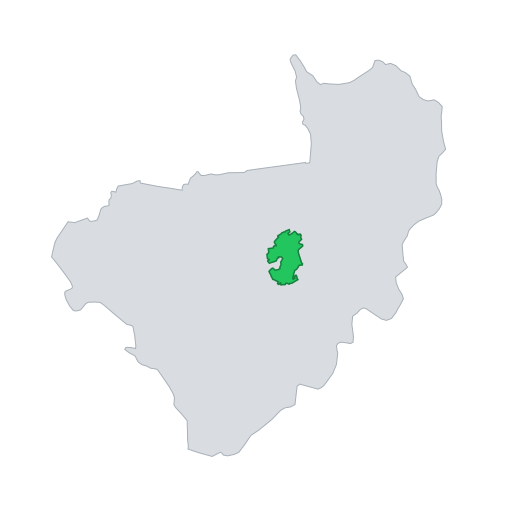 Boulkiemde, Boulkiemdé, Burkina Faso (highlighted), rotated 173°
{"feature_id": "67063806B25202403935187", "entity_name": "Boulkiemde", "entity_type": "district", "adm_level": 2, "iso_a3": "BFA", "parent_name": "Burkina Faso", "parent_adm1": "Boulkiemdé", "projection": "equal_earth", "projection_center": [-2.114, 12.316], "detail": "fine", "context": "in_parent", "style": "filled", "palette": "green", "viewbox_px": 512, "rotation_deg": 173, "n_neighbors": 0, "source": "geoboundaries", "source_scale": "gbopen_adm2", "svg_char_len": 8267}
<svg xmlns="http://www.w3.org/2000/svg" viewBox="0 0 512 512"><g transform="rotate(173 256 256)"><path d="M383.0,342.3L369.7,343.0L364.9,344.9L362.0,344.9L361.9,343.3L361.6,342.4L344.9,337.0L333.2,333.8L321.3,330.3L320.7,333.6L319.0,335.8L316.4,335.9L314.6,335.4L313.4,337.9L311.5,341.3L308.7,343.0L306.0,345.0L304.5,346.8L303.4,346.9L300.7,342.6L297.1,342.2L290.4,342.9L287.3,341.7L283.2,341.1L273.4,342.0L257.8,340.3L255.3,341.2L254.6,342.0L239.1,342.2L222.1,342.4L207.9,342.6L195.4,342.8L195.4,342.0L191.4,341.9L191.0,343.4L187.4,360.6L187.0,370.0L188.9,375.9L191.0,379.5L193.4,381.1L193.6,383.2L191.7,385.9L191.9,388.7L194.1,391.5L194.6,394.5L193.5,397.7L193.8,405.3L195.4,417.3L195.5,425.0L193.9,428.6L194.6,434.7L197.7,443.3L198.2,446.9L197.1,448.6L194.6,450.9L192.0,450.8L189.0,445.6L187.7,443.2L185.3,438.0L183.2,432.7L180.4,430.3L177.7,428.2L174.3,421.4L171.1,418.2L167.7,419.2L162.7,417.9L152.7,416.2L141.9,416.7L137.5,418.3L133.0,420.7L121.8,426.1L117.4,428.8L114.0,435.5L110.2,435.4L106.4,433.2L104.1,430.2L99.0,430.8L94.0,427.9L89.3,422.0L85.8,420.1L81.3,415.8L80.1,407.8L77.3,402.1L74.7,394.3L70.8,390.8L66.4,388.9L60.2,389.3L56.1,386.1L53.0,381.5L53.8,377.5L55.3,371.9L55.5,366.4L56.5,357.6L55.9,346.6L54.8,338.9L58.2,335.7L62.2,332.8L64.7,327.6L67.2,315.9L68.4,305.7L67.6,302.0L66.3,299.0L65.3,294.6L64.7,289.3L65.4,284.7L68.4,280.4L72.2,276.8L74.8,275.0L81.8,273.2L90.6,270.6L95.7,267.5L99.4,264.5L101.5,262.1L103.6,257.2L107.0,253.3L109.6,249.5L110.0,238.8L110.0,232.7L108.1,229.3L107.0,226.4L120.0,218.1L120.1,212.2L118.3,205.6L115.8,200.3L114.9,195.7L118.5,190.3L121.7,186.2L124.0,182.8L129.1,177.5L134.4,176.2L139.2,178.2L153.4,190.5L155.9,191.3L158.8,190.3L162.6,187.1L167.4,184.5L169.2,176.3L169.1,164.1L170.2,158.6L172.8,157.6L180.9,159.9L183.0,160.0L185.4,159.3L187.1,157.1L187.1,153.2L186.7,149.7L189.4,138.5L194.2,130.0L204.0,119.5L207.1,117.4L210.7,116.3L228.2,123.5L231.1,121.7L235.4,103.8L240.1,102.0L245.8,101.7L249.5,100.2L251.5,98.9L259.8,92.1L274.5,82.8L282.4,78.9L284.0,77.4L289.6,70.8L297.1,63.2L301.9,61.7L308.5,61.1L312.7,62.4L313.9,64.5L315.2,65.6L323.9,62.4L336.3,67.5L347.0,72.6L346.3,75.7L346.3,81.4L345.4,90.3L344.4,101.0L348.8,107.9L354.2,115.3L355.6,118.2L354.2,125.5L355.2,129.9L358.1,137.0L362.8,146.1L367.8,155.5L371.2,156.7L374.4,157.5L376.4,159.1L379.3,160.8L382.1,161.8L384.6,163.9L386.2,165.9L388.3,171.7L393.8,175.5L397.7,179.3L396.1,181.2L391.3,180.4L386.8,178.8L386.2,181.5L386.1,192.1L386.8,201.0L387.9,202.2L392.5,203.8L403.4,215.3L413.2,226.1L416.5,229.0L422.0,230.0L428.1,230.5L430.7,229.5L436.5,224.0L439.7,223.4L442.6,223.6L444.1,224.4L447.0,228.9L449.7,235.7L450.5,240.6L450.2,243.3L449.3,244.3L444.5,245.6L442.4,246.6L441.9,248.1L442.7,251.4L443.6,253.6L449.0,263.4L456.7,276.5L459.0,279.9L457.7,283.8L453.9,294.1L451.0,298.4L438.3,312.9L432.0,311.2L418.7,314.2L416.8,310.8L413.7,310.4L409.8,310.9L408.5,312.2L408.0,313.6L406.7,315.7L404.3,321.4L402.4,322.9L400.0,323.8L397.2,323.7L395.5,324.4L395.5,327.3L395.0,329.8L393.0,331.0L392.2,333.8L392.4,336.6L391.3,337.8L388.8,337.1L387.3,336.4L385.9,339.9L384.2,342.3L383.0,342.3Z" fill="#d9dde1" stroke="#a8b0b8" stroke-width="1"/><path d="M236.9,225.0L236.5,225.5L236.1,225.8L235.8,226.1L235.5,226.2L235.3,226.3L235.2,226.4L234.9,226.3L234.8,226.2L234.7,226.0L234.9,225.8L235.0,225.1L235.2,224.8L234.9,224.5L234.9,224.4L234.7,224.2L233.8,224.2L233.3,224.2L232.8,224.3L232.3,224.4L231.6,224.1L231.1,224.0L230.7,224.0L230.2,224.3L230.1,224.5L230.1,224.8L230.1,225.1L229.6,225.2L229.5,225.3L229.4,225.3L229.3,225.2L229.2,225.2L229.1,225.3L228.9,225.3L228.7,225.3L228.2,225.0L227.5,224.5L226.8,224.1L226.6,224.0L226.3,224.0L226.1,224.2L226.0,224.4L226.0,224.6L224.9,224.6L223.7,224.6L221.5,225.6L219.4,226.5L218.6,226.9L217.3,227.4L217.6,228.0L217.7,228.5L217.8,228.9L217.9,229.2L218.1,229.5L218.0,229.9L218.0,230.4L218.1,231.0L218.4,231.8L218.5,231.8L218.5,232.0L218.8,232.1L219.6,231.7L220.0,231.5L220.2,231.3L220.3,231.2L220.2,231.0L220.1,230.6L220.1,229.9L220.1,229.5L220.2,229.4L220.5,229.2L220.9,228.9L221.1,228.7L221.9,228.5L222.1,228.5L222.2,228.8L222.1,229.2L222.1,229.3L222.1,229.5L221.9,229.9L221.8,230.0L221.7,230.2L221.8,230.3L221.9,230.6L221.8,230.8L221.6,231.1L221.5,231.3L221.4,231.8L221.2,232.4L220.8,233.5L220.2,234.8L219.4,236.7L219.2,237.0L218.8,237.2L217.8,237.6L217.3,237.9L216.7,238.5L215.4,240.0L214.7,241.2L214.5,241.4L214.3,241.5L213.9,241.4L213.4,241.5L213.2,241.4L212.8,241.5L211.2,241.4L210.9,242.3L210.8,242.7L211.3,243.1L211.4,243.3L211.6,243.7L211.6,244.2L211.8,244.9L212.2,246.9L212.4,247.8L212.5,248.6L212.9,250.3L213.4,253.3L213.5,254.1L213.6,254.5L213.4,255.5L213.4,256.6L213.3,256.8L213.2,256.9L211.9,257.9L211.4,258.2L209.0,259.8L208.7,260.0L208.4,260.3L208.4,261.5L208.5,261.7L209.1,262.0L211.0,262.7L211.5,263.0L211.8,263.4L211.8,264.3L211.8,264.5L211.7,264.7L211.5,264.9L210.1,265.9L209.6,266.4L208.8,266.8L208.7,266.9L208.7,267.0L208.8,267.4L209.1,268.1L209.2,268.4L209.2,268.6L209.3,269.1L209.0,270.2L208.8,270.7L208.7,271.0L208.7,271.3L209.1,271.6L209.4,272.1L209.5,272.4L209.7,272.5L209.9,272.3L210.6,271.9L210.8,271.8L211.4,272.3L211.6,272.5L211.8,272.7L212.1,272.4L212.3,272.3L212.4,272.5L212.5,272.8L212.4,272.8L212.6,273.1L213.0,273.7L213.3,274.4L214.2,275.4L214.5,275.6L214.8,275.7L215.0,275.6L215.8,275.1L216.6,274.6L217.3,274.1L218.1,273.8L218.9,273.4L219.9,273.0L220.5,272.8L220.8,273.0L221.4,274.1L221.5,274.3L221.4,274.4L221.4,274.6L221.2,274.7L221.0,274.8L220.6,275.0L220.3,275.2L219.7,275.5L219.4,275.9L219.4,276.1L219.5,276.6L219.6,276.9L219.7,277.3L219.7,277.6L219.8,278.1L220.0,278.0L220.4,278.0L220.9,277.9L221.8,277.6L223.4,277.2L223.7,277.1L223.9,276.9L224.1,276.7L224.3,276.6L224.4,276.3L224.7,276.4L225.0,276.4L225.3,276.4L225.5,276.5L225.8,276.4L226.2,276.2L226.6,276.0L227.1,275.9L227.6,275.7L227.8,275.7L228.0,275.5L228.3,275.1L228.5,274.9L229.0,274.6L229.4,274.5L230.4,274.0L230.7,273.8L231.2,273.7L231.6,273.7L231.9,272.9L232.0,272.8L231.9,272.6L231.4,272.3L231.4,271.9L232.6,271.0L234.0,269.9L234.2,269.6L235.2,268.9L235.6,268.2L236.1,267.7L236.1,267.3L236.1,267.1L235.9,266.8L235.9,266.6L235.4,265.8L235.3,265.5L235.1,265.4L234.8,264.7L234.8,264.2L235.0,264.4L235.7,264.2L236.0,263.9L236.1,263.7L236.4,263.6L236.8,263.7L237.0,263.7L237.4,263.4L237.6,262.9L237.7,262.6L237.7,262.4L237.8,262.1L237.9,261.9L238.1,261.8L238.9,261.8L239.8,261.9L240.4,261.8L241.4,261.8L242.1,261.9L242.6,261.9L242.9,261.8L242.9,260.2L242.9,259.7L242.9,258.8L243.0,258.2L243.0,257.9L243.2,257.6L243.4,257.3L243.5,257.1L244.0,257.0L244.2,256.8L244.6,256.6L244.8,256.5L244.9,256.3L245.0,256.1L245.0,255.2L244.9,254.3L245.0,253.7L245.0,253.0L245.0,252.6L245.0,252.2L244.9,251.9L244.4,251.5L244.1,251.4L243.9,251.4L243.7,251.3L243.5,251.1L243.4,251.0L243.4,250.9L243.4,250.7L243.5,250.4L244.5,250.0L244.8,249.8L245.0,249.7L245.0,249.3L244.8,249.1L244.2,248.1L243.9,247.5L243.7,247.4L243.6,247.2L241.2,247.7L239.8,247.9L238.1,248.3L237.0,248.6L236.7,248.6L236.4,248.8L236.2,249.2L235.8,249.9L235.6,250.3L235.0,250.9L235.0,251.1L234.9,251.3L234.6,251.5L234.3,251.5L234.0,251.5L234.0,251.4L233.6,251.5L233.5,251.8L233.4,251.9L233.5,252.1L233.6,252.3L233.4,252.3L233.2,252.3L232.9,252.3L232.6,252.3L232.3,252.2L232.0,252.1L231.6,252.2L231.4,252.2L231.2,252.1L230.6,251.4L230.4,251.3L230.3,251.1L230.1,251.1L229.8,250.2L230.9,248.7L231.4,248.0L231.9,247.4L232.2,246.8L232.2,245.7L232.2,244.3L232.3,244.1L232.5,243.8L233.6,242.2L233.7,241.9L233.7,241.3L233.7,241.0L233.8,240.7L233.9,240.4L234.0,240.3L234.3,240.3L234.5,240.2L234.8,240.2L235.3,240.0L236.1,239.7L236.5,239.7L236.8,239.7L237.4,239.7L237.6,239.6L237.9,239.6L238.1,239.6L238.6,239.7L239.2,240.2L239.5,240.5L240.0,241.1L240.3,241.6L240.5,241.8L240.9,241.9L241.2,241.9L241.5,241.8L242.3,241.4L242.8,241.0L243.4,240.5L243.7,240.4L244.2,239.8L244.6,239.5L244.9,239.2L245.0,239.1L245.0,238.9L244.7,238.3L244.6,237.9L244.4,237.3L243.6,235.3L243.5,234.7L243.3,233.7L243.2,233.4L242.8,232.7L242.6,232.3L242.4,231.1L242.2,230.8L242.1,230.6L241.8,230.5L241.4,230.5L241.1,230.5L240.4,229.9L240.1,229.6L239.9,229.3L239.6,229.2L239.0,228.8L238.3,228.5L237.8,228.2L237.2,227.9L237.1,227.7L237.3,227.4L237.6,226.7L237.9,226.4L238.0,226.2L237.9,225.8L237.7,225.7L237.5,225.4L237.3,225.2L237.1,225.1L236.9,225.0Z" fill="#22c55e" stroke="#15803d" stroke-width="1.5"/></g></svg>